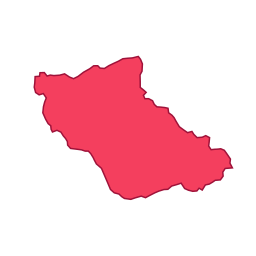 Califórnia, Paraná, Brazil, rotated 46°
{"feature_id": "56859067B16760684583143", "entity_name": "Califórnia", "entity_type": "district", "adm_level": 2, "iso_a3": "BRA", "parent_name": "Brazil", "parent_adm1": "Paraná", "projection": "albers", "projection_center": [-51.334, -23.667], "detail": "fine", "context": "isolated", "style": "filled", "palette": "rose", "viewbox_px": 256, "rotation_deg": 46, "n_neighbors": 0, "source": "geoboundaries", "source_scale": "gbopen_adm2", "svg_char_len": 1616}
<svg xmlns="http://www.w3.org/2000/svg" viewBox="0 0 256 256"><g transform="rotate(46 128 128)"><path d="M33.5,167.1L38.3,169.8L42.4,168.9L44.4,165.0L49.6,165.9L51.5,170.0L54.0,174.1L57.9,178.7L64.4,181.1L69.4,182.4L72.7,182.0L75.5,184.2L78.4,185.1L80.3,180.7L84.4,179.1L88.7,180.0L92.1,180.2L95.6,181.0L98.4,183.3L102.8,183.5L107.5,179.7L111.4,176.6L114.8,174.9L117.1,172.6L120.5,172.6L125.1,173.6L128.0,174.6L131.9,175.7L138.6,175.1L152.6,180.4L160.1,183.3L165.1,182.9L169.2,180.4L173.1,180.2L176.2,179.5L181.3,175.5L183.2,171.4L186.2,165.8L190.3,163.8L191.4,159.8L193.3,153.6L194.8,149.7L197.2,144.9L199.8,141.9L200.1,136.9L202.7,132.0L204.6,128.1L210.9,129.3L214.8,127.7L218.5,125.4L221.1,122.2L220.7,118.7L224.2,117.7L222.7,111.9L224.8,108.5L225.7,104.7L226.2,101.6L229.5,97.6L228.7,93.0L225.6,90.5L224.6,86.2L229.2,80.6L224.1,79.1L221.5,75.9L215.1,74.8L210.9,74.2L207.4,75.7L205.4,78.3L203.3,80.7L201.3,83.3L197.0,82.5L194.4,79.3L191.6,76.0L187.5,77.4L186.2,81.0L182.9,85.0L178.3,85.1L174.9,84.4L172.7,88.4L167.6,89.4L162.7,90.2L156.2,88.7L152.6,87.7L149.4,87.5L145.3,88.2L141.6,85.5L138.9,87.3L135.3,90.3L132.9,92.5L129.3,92.7L125.4,91.4L121.2,92.8L118.7,95.5L115.2,94.2L115.0,90.2L111.9,90.4L107.3,91.0L103.0,86.9L98.2,82.5L96.9,78.5L91.9,73.1L87.3,71.3L83.7,70.9L80.6,76.2L77.5,79.9L74.6,83.6L73.3,88.5L71.6,93.3L69.9,98.4L68.8,103.6L65.5,106.5L62.2,106.5L59.4,109.5L58.8,114.4L57.0,121.2L56.2,128.1L54.7,132.9L50.7,134.7L45.0,136.0L42.5,140.5L38.8,144.9L35.9,147.2L34.4,150.1L30.0,149.7L27.1,152.9L29.3,155.7L26.5,159.1L30.7,163.6L33.5,167.1Z" fill="#f43f5e" stroke="#9f1239" stroke-width="1.5"/></g></svg>